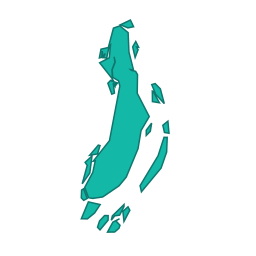 the district of Bhola, Barisal, Bangladesh, rotated 12°
{"feature_id": "16705992B37732832620169", "entity_name": "Bhola", "entity_type": "district", "adm_level": 2, "iso_a3": "BGD", "parent_name": "Bangladesh", "parent_adm1": "Barisal", "projection": "natural_earth1", "projection_center": [90.703, 22.35], "detail": "medium", "context": "isolated", "style": "filled", "palette": "teal", "viewbox_px": 256, "rotation_deg": 12, "n_neighbors": 0, "source": "geoboundaries", "source_scale": "gbopen_adm2", "svg_char_len": 1884}
<svg xmlns="http://www.w3.org/2000/svg" viewBox="0 0 256 256"><g transform="rotate(12 128 128)"><path d="M92.1,51.8L93.6,50.1L95.1,63.2L86.7,70.1L102.6,83.3L100.2,74.4L101.5,66.1L99.6,61.2L101.8,66.1L100.4,74.3L102.5,81.6L108.9,83.8L111.3,88.6L112.5,144.2L100.9,167.7L102.8,166.9L102.8,178.7L98.0,195.1L103.9,204.4L108.2,204.2L117.6,200.7L131.2,186.5L136.5,176.4L142.1,146.1L141.3,127.7L146.4,112.4L129.8,92.1L126.2,73.8L123.7,71.0L119.3,70.9L118.3,70.3L121.3,70.1L113.1,53.4L108.3,34.7L98.8,29.8L93.0,33.3L92.1,51.8ZM170.8,143.5L168.3,129.0L165.2,129.6L163.2,148.9L151.8,181.9L154.4,187.6L168.7,160.3L170.8,143.5ZM116.7,208.7L104.6,208.5L101.2,226.5L107.2,225.3L113.0,218.1L116.7,208.7ZM158.4,96.6L151.5,83.0L145.3,78.9L142.2,80.6L148.1,89.3L158.4,96.6ZM94.8,192.1L100.0,180.0L98.6,162.8L93.2,170.5L95.9,173.1L94.8,192.1ZM129.6,234.1L136.6,232.5L140.0,228.0L140.4,224.8L135.4,221.3L138.6,218.5L132.8,223.2L129.6,234.1ZM121.8,233.5L127.7,222.3L126.8,217.8L123.3,218.5L119.5,224.8L118.8,231.4L121.8,233.5ZM101.7,85.4L104.5,84.3L101.2,84.9L99.0,88.4L105.1,98.3L107.5,96.7L104.2,87.0L106.6,89.8L106.2,86.4L107.1,88.8L108.4,86.1L101.7,85.4ZM169.2,124.6L165.6,113.0L161.5,118.1L164.6,124.8L169.2,124.6ZM85.4,65.4L87.6,64.4L86.8,58.1L88.9,63.8L90.2,59.8L89.4,64.2L92.6,64.1L92.6,53.1L85.2,56.5L85.4,65.4ZM146.9,208.1L144.4,205.1L140.3,210.6L143.5,220.2L146.9,208.1ZM99.1,28.6L107.1,30.1L112.4,27.8L107.9,21.9L99.1,28.6ZM121.6,46.8L117.6,41.8L115.7,47.7L120.3,57.5L121.6,49.3L119.5,47.0L121.6,46.8ZM96.2,162.6L103.6,159.7L104.3,151.0L102.5,150.9L96.2,162.6ZM153.5,96.8L144.8,86.9L144.1,86.8L146.4,97.1L153.5,96.8ZM137.9,215.0L140.4,205.7L140.0,203.7L131.0,217.2L130.8,221.7L133.3,216.7L137.9,215.0ZM96.8,206.0L99.7,208.0L102.7,205.4L97.2,196.7L95.5,198.3L96.8,206.0ZM147.4,131.5L150.5,126.6L150.1,118.3L146.3,126.4L147.4,131.5Z" fill="#14b8a6" stroke="#0f766e" stroke-width="1.5"/></g></svg>